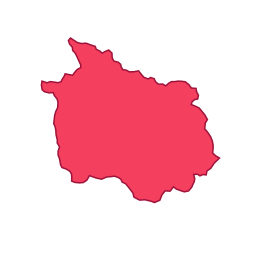 outline of Bonito de Santa Fé, Paraíba, Brazil, rotated 288°
{"feature_id": "56859067B84735993458743", "entity_name": "Bonito de Santa Fé", "entity_type": "district", "adm_level": 2, "iso_a3": "BRA", "parent_name": "Brazil", "parent_adm1": "Paraíba", "projection": "robinson", "projection_center": [-38.472, -7.289], "detail": "fine", "context": "isolated", "style": "filled", "palette": "rose", "viewbox_px": 256, "rotation_deg": 288, "n_neighbors": 0, "source": "geoboundaries", "source_scale": "gbopen_adm2", "svg_char_len": 1924}
<svg xmlns="http://www.w3.org/2000/svg" viewBox="0 0 256 256"><g transform="rotate(288 128 128)"><path d="M65.3,176.2L69.1,180.6L75.1,181.0L79.7,182.8L81.0,187.6L86.1,189.4L84.9,192.6L84.7,197.1L84.7,201.3L86.9,205.1L91.4,206.9L94.7,207.2L97.4,207.6L100.5,207.1L104.1,204.8L105.5,208.4L104.7,211.2L106.9,213.6L107.5,216.8L111.6,216.4L115.1,219.1L121.1,220.8L127.7,224.3L128.7,219.9L130.4,216.2L134.6,215.3L137.7,214.4L141.6,212.3L145.2,209.3L148.7,204.9L150.9,201.2L156.6,200.0L160.6,200.9L164.3,196.9L169.0,189.5L169.6,185.0L169.9,180.9L172.8,180.9L175.8,182.8L177.1,185.3L180.8,184.9L183.9,181.9L186.7,180.5L185.6,176.0L188.1,172.4L189.7,168.2L189.0,164.6L188.1,161.2L186.5,158.0L185.5,155.0L183.0,152.8L179.8,150.9L180.5,147.4L179.1,143.4L180.5,139.9L183.0,137.6L183.0,133.9L180.9,132.0L181.1,127.5L183.0,124.3L185.6,120.4L183.3,116.1L181.8,111.9L182.5,108.7L181.9,105.0L183.8,102.8L186.3,101.3L187.5,98.6L187.3,93.8L190.0,91.2L194.3,89.6L196.2,85.6L193.8,82.7L191.2,80.3L192.5,77.3L193.0,73.5L195.5,71.6L195.5,67.2L195.7,61.8L194.0,57.8L193.6,53.6L194.6,49.9L195.8,45.5L192.8,44.3L189.8,46.5L187.7,50.0L184.6,51.5L182.9,54.6L180.0,57.5L176.0,61.1L173.6,63.4L170.9,64.4L167.9,61.6L164.3,60.0L161.1,59.0L160.5,55.0L160.1,51.5L157.0,51.2L154.2,50.4L151.2,49.9L149.5,47.5L148.8,43.4L148.1,39.7L146.0,37.1L146.0,31.7L142.0,32.4L137.9,34.5L136.7,37.2L137.0,41.9L138.5,46.0L136.2,47.8L133.7,51.6L130.7,53.5L125.8,54.8L121.3,54.2L117.2,54.4L112.7,55.3L109.3,56.0L106.5,58.4L103.2,60.2L99.3,61.7L94.7,64.5L91.9,65.3L88.9,68.7L84.3,68.7L80.8,69.8L77.5,72.4L74.8,73.9L72.2,75.2L70.0,77.4L69.9,82.0L68.9,86.1L66.7,88.5L64.2,89.6L60.1,90.8L59.8,94.1L60.8,98.7L62.3,102.3L65.7,105.0L70.8,106.1L70.6,113.2L71.2,118.8L74.8,122.8L76.4,126.7L77.9,129.7L78.0,133.4L77.2,136.9L74.8,139.1L74.2,143.1L72.1,146.4L67.7,152.8L64.1,155.0L63.0,161.2L65.0,166.4L65.5,172.7L65.3,176.2Z" fill="#f43f5e" stroke="#9f1239" stroke-width="1.5"/></g></svg>